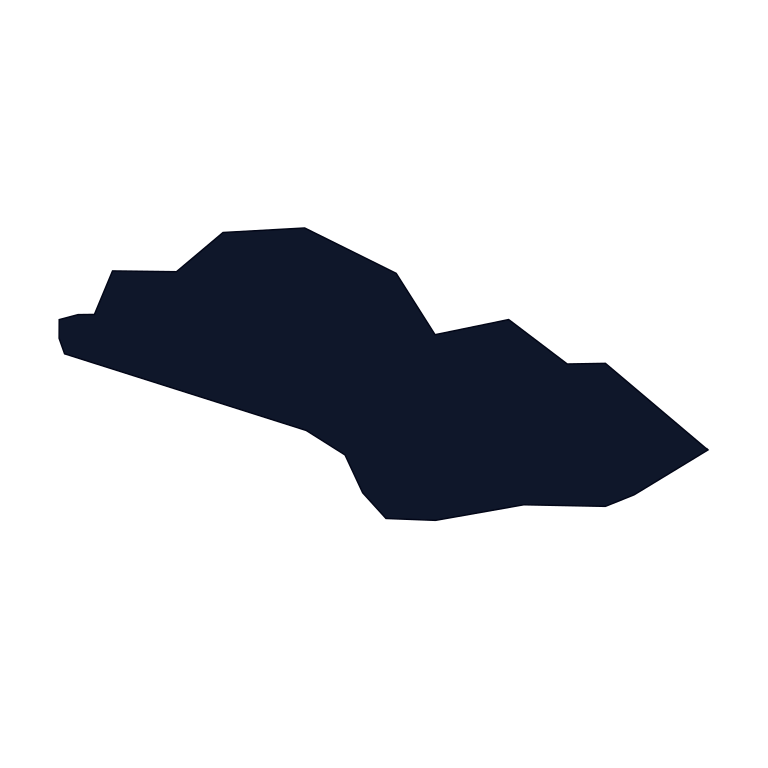 the border of North Down, rotated 207°
{"feature_id": "GBR-2098", "entity_name": "North Down", "entity_type": "District", "adm_level": 1, "iso_a3": "GBR", "parent_name": "United Kingdom", "parent_adm1": "", "projection": "orthographic", "projection_center": [-5.72, 54.647], "detail": "fine", "context": "isolated", "style": "filled", "palette": "ink", "viewbox_px": 768, "rotation_deg": 207, "n_neighbors": 0, "source": "natural_earth", "source_scale": "10m", "svg_char_len": 479}
<svg xmlns="http://www.w3.org/2000/svg" viewBox="0 0 768 768"><g transform="rotate(207 384 384)"><path d="M65.4,472.4L110.8,398.9L131.2,375.5L204.6,339.9L276.2,285.9L321.2,265.1L353.6,277.4L386.5,303.1L432.2,307.3L682.3,265.9L694.2,277.2L702.6,293.9L688.1,306.9L673.6,314.5L677.2,361.5L619.9,389.8L596.2,445.9L525.5,487.0L423.4,488.1L360.9,451.1L302.2,498.0L229.8,485.0L196.1,502.9L67.0,472.6L66.9,472.9L65.4,472.4Z" fill="#0f172a" stroke="#020617" stroke-width="1.5"/></g></svg>